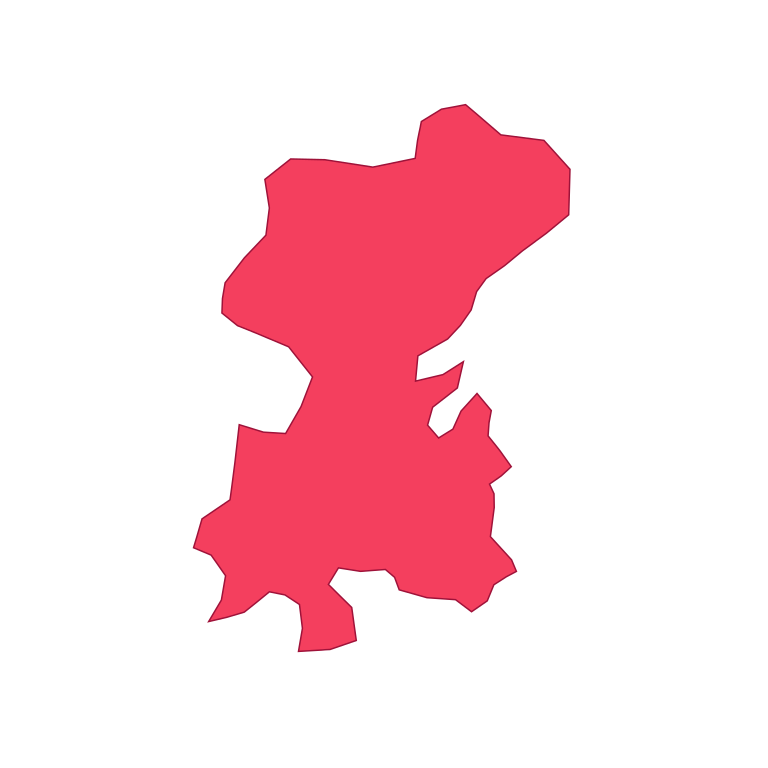 the border of Xocavənd, rotated 335°
{"feature_id": "AZE-1734", "entity_name": "Xocavənd", "entity_type": "District", "adm_level": 1, "iso_a3": "AZE", "parent_name": "Azerbaijan", "parent_adm1": "", "projection": "orthographic", "projection_center": [46.968, 39.63], "detail": "fine", "context": "isolated", "style": "filled", "palette": "rose", "viewbox_px": 768, "rotation_deg": 335, "n_neighbors": 0, "source": "natural_earth", "source_scale": "10m", "svg_char_len": 1623}
<svg xmlns="http://www.w3.org/2000/svg" viewBox="0 0 768 768"><g transform="rotate(335 384 384)"><path d="M273.9,387.3L299.3,369.4L322.2,347.4L313.3,310.0L289.2,283.4L275.9,269.2L267.1,251.2L273.7,238.3L282.8,225.1L310.9,210.6L339.9,199.2L354.5,176.0L362.5,148.2L394.5,140.6L425.1,155.7L465.5,182.7L507.6,192.7L517.3,177.5L521.4,171.9L526.0,165.8L526.0,165.7L528.8,161.9L533.2,161.4L552.2,159.2L564.9,162.5L576.0,165.3L582.6,179.7L595.2,207.6L622.4,224.8L631.9,230.8L643.3,268.0L622.9,308.7L594.8,316.0L581.7,318.6L581.4,318.7L565.9,321.8L543.2,327.7L521.1,331.6L507.0,339.4L494.3,353.7L477.9,363.2L460.7,370.1L431.6,372.4L426.6,372.8L413.8,394.7L441.4,400.4L465.4,397.3L457.9,406.9L448.8,418.6L418.3,425.6L416.2,428.0L406.1,439.7L410.7,456.0L427.4,454.0L442.4,441.1L464.3,431.9L470.0,453.4L462.8,463.5L456.4,475.0L460.2,490.6L461.0,494.2L464.4,512.7L451.5,516.8L443.1,518.3L437.3,519.3L437.3,530.0L435.4,534.2L431.7,542.5L420.2,560.6L415.9,567.3L422.3,587.7L425.3,597.3L424.8,609.8L413.3,610.4L398.7,612.4L385.9,624.2L367.1,627.4L357.7,609.7L332.6,595.8L310.8,577.0L311.9,563.7L306.9,552.7L295.3,548.3L283.6,543.9L266.5,532.4L265.0,531.4L248.9,542.1L254.3,556.8L260.3,572.9L259.3,576.2L255.6,588.1L250.5,604.7L222.9,601.8L218.5,600.0L215.7,599.0L193.5,590.2L206.8,571.0L211.8,555.6L214.2,548.1L210.3,541.7L205.1,533.3L192.3,523.9L176.6,527.9L161.0,531.7L142.9,529.0L124.7,525.2L145.3,511.1L159.4,490.8L158.9,488.0L156.9,476.5L155.0,466.0L142.2,451.9L149.7,443.5L162.1,429.3L195.5,423.9L199.3,418.0L202.2,413.5L215.8,392.0L235.6,359.7L254.4,376.7L273.9,387.3Z" fill="#f43f5e" stroke="#9f1239" stroke-width="1.5"/></g></svg>